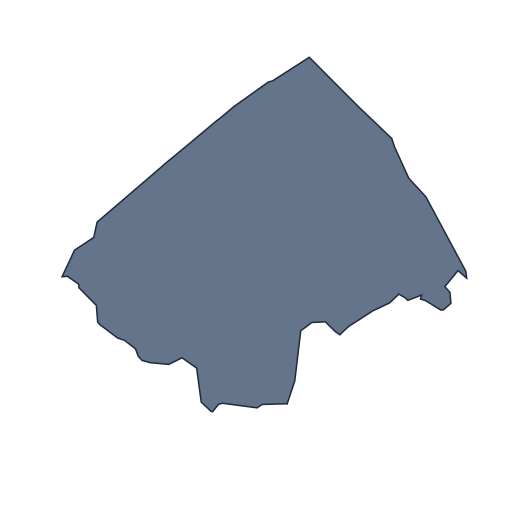 outline of Nassau, New York, United States of America, rotated 239°
{"feature_id": "52423323B42354579566723", "entity_name": "Nassau", "entity_type": "district", "adm_level": 2, "iso_a3": "USA", "parent_name": "United States of America", "parent_adm1": "New York", "projection": "natural_earth1", "projection_center": [-73.625, 40.752], "detail": "fine", "context": "isolated", "style": "filled", "palette": "slate", "viewbox_px": 512, "rotation_deg": 239, "n_neighbors": 0, "source": "geoboundaries", "source_scale": "gbopen_adm2", "svg_char_len": 1062}
<svg xmlns="http://www.w3.org/2000/svg" viewBox="0 0 512 512"><g transform="rotate(239 256 256)"><path d="M128.5,425.2L134.9,428.0L219.2,432.1L244.0,427.0L274.2,430.5L277.8,430.9L286.9,432.9L329.8,421.1L348.3,416.5L398.9,404.0L397.6,360.4L398.8,356.1L395.5,314.3L395.3,313.0L392.8,297.2L392.2,291.7L391.9,289.9L391.3,286.0L388.7,269.4L386.7,257.1L382.0,225.7L381.2,221.6L366.9,137.3L355.5,126.5L354.5,103.5L338.1,79.1L335.7,83.9L323.3,89.4L319.8,87.9L295.9,93.7L281.0,86.3L277.8,86.7L257.0,95.1L251.5,99.8L238.5,104.9L230.7,103.4L225.1,104.6L219.0,110.4L208.0,125.4L206.8,140.2L194.5,145.6L190.5,147.4L159.0,133.8L145.8,137.5L144.9,138.6L148.2,147.6L146.9,151.6L125.3,178.7L125.6,184.8L113.8,205.7L113.1,206.4L128.7,224.7L168.9,255.9L169.8,265.6L170.3,269.5L163.9,281.5L149.8,285.2L145.2,287.4L146.1,290.5L147.9,299.3L148.8,327.8L147.0,346.4L149.7,358.8L143.6,362.2L139.8,363.3L137.2,377.8L134.4,374.8L130.5,378.3L114.4,386.6L113.3,389.0L115.0,398.7L124.9,403.5L132.5,402.1L139.4,421.6L128.5,425.2Z" fill="#64748b" stroke="#1e293b" stroke-width="1.5"/></g></svg>